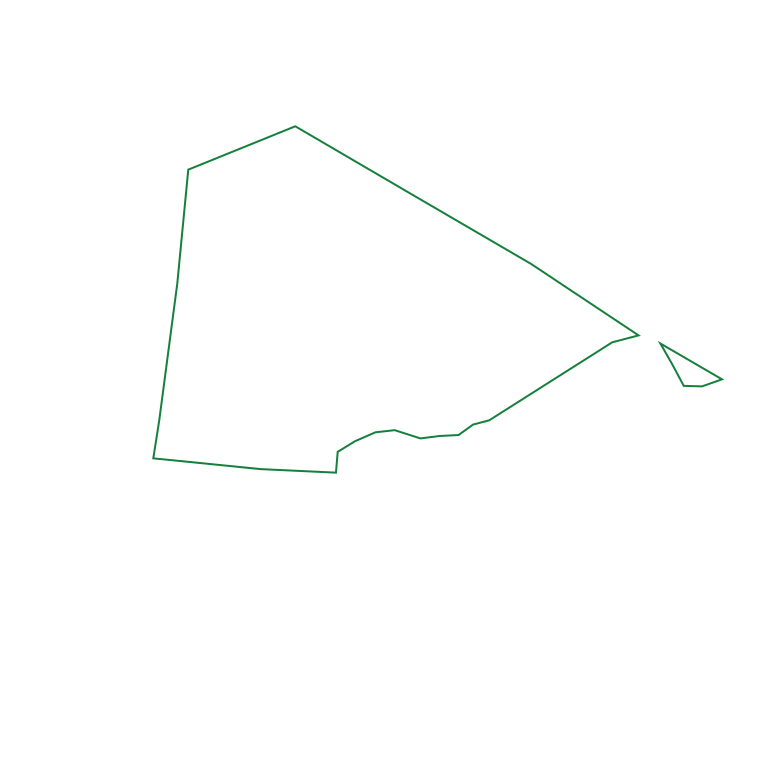 the district of Pilõezinhos, Paraíba, Brazil, rotated 33°
{"feature_id": "56859067B31545744906067", "entity_name": "Pilõezinhos", "entity_type": "district", "adm_level": 2, "iso_a3": "BRA", "parent_name": "Brazil", "parent_adm1": "Paraíba", "projection": "orthographic", "projection_center": [-35.529, -6.853], "detail": "fine", "context": "isolated", "style": "outline", "palette": "green", "viewbox_px": 768, "rotation_deg": 33, "n_neighbors": 0, "source": "geoboundaries", "source_scale": "gbopen_adm2", "svg_char_len": 490}
<svg xmlns="http://www.w3.org/2000/svg" viewBox="0 0 768 768"><g transform="rotate(33 384 384)"><path d="M392.0,484.5L382.1,466.1L390.9,447.7L403.1,429.2L418.1,416.9L444.2,409.8L458.7,397.5L474.3,386.2L480.8,369.5L492.0,357.2L552.7,224.7L571.0,204.6L442.1,203.2L300.8,210.0L169.2,216.2L103.1,310.8L156.0,412.5L215.4,537.1L231.0,572.0L326.5,522.8L392.0,484.5ZM664.9,196.0L593.7,199.5L615.4,210.7L636.4,222.3L652.0,212.8L664.9,196.0Z" fill="none" stroke="#15803d" stroke-width="2"/></g></svg>